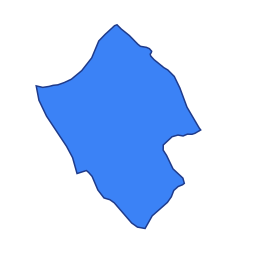 SVG path tracing the border of Couva-Tabaquite-Talparo, rotated 142°
{"feature_id": "TTO-58", "entity_name": "Couva-Tabaquite-Talparo", "entity_type": "Region", "adm_level": 1, "iso_a3": "TTO", "parent_name": "Trinidad and Tobago", "parent_adm1": "", "projection": "equal_earth", "projection_center": [-61.362, 10.449], "detail": "fine", "context": "isolated", "style": "filled", "palette": "blue", "viewbox_px": 256, "rotation_deg": 142, "n_neighbors": 0, "source": "natural_earth", "source_scale": "10m", "svg_char_len": 895}
<svg xmlns="http://www.w3.org/2000/svg" viewBox="0 0 256 256"><g transform="rotate(142 128 128)"><path d="M73.1,216.1L72.4,210.2L70.0,200.0L68.7,188.1L67.9,184.7L63.8,180.2L62.3,177.4L62.1,173.9L63.4,173.0L65.0,172.6L65.8,170.7L65.4,165.8L62.6,153.5L60.9,149.2L59.8,140.1L62.5,127.6L68.7,108.1L71.9,84.1L71.9,81.7L78.5,82.6L81.5,83.7L85.0,86.6L89.5,87.8L93.0,91.7L98.7,94.0L110.7,92.9L113.9,88.9L114.5,82.6L117.7,68.1L115.6,54.7L117.7,49.7L120.0,49.7L124.5,51.0L130.4,50.6L136.2,47.1L142.8,45.1L163.0,43.9L176.4,38.3L181.6,44.1L183.6,50.9L184.9,77.5L186.4,82.6L190.0,87.7L189.9,97.7L186.1,111.9L186.4,117.3L187.0,120.1L196.2,123.5L189.9,138.8L187.7,151.4L184.9,187.5L181.1,204.7L174.4,217.7L170.2,212.5L164.5,209.3L160.7,207.7L156.7,205.2L150.7,203.2L142.6,201.3L129.1,201.7L113.4,205.6L97.4,214.6L88.0,215.9L75.6,216.9L73.1,216.1Z" fill="#3b82f6" stroke="#1e3a8a" stroke-width="1.5"/></g></svg>